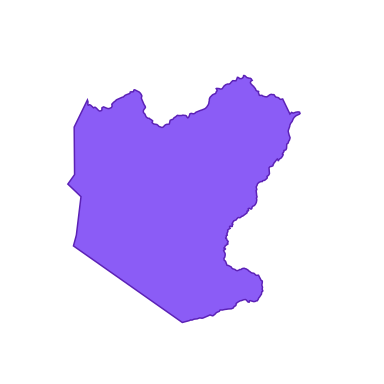 outline of Los Chiles, Alajuela, Costa Rica, rotated 247°
{"feature_id": "36466004B82753262426654", "entity_name": "Los Chiles", "entity_type": "district", "adm_level": 2, "iso_a3": "CRI", "parent_name": "Costa Rica", "parent_adm1": "Alajuela", "projection": "albers", "projection_center": [-84.675, 10.857], "detail": "fine", "context": "isolated", "style": "filled", "palette": "violet", "viewbox_px": 384, "rotation_deg": 247, "n_neighbors": 0, "source": "geoboundaries", "source_scale": "gbopen_adm2", "svg_char_len": 6037}
<svg xmlns="http://www.w3.org/2000/svg" viewBox="0 0 384 384"><g transform="rotate(247 192 192)"><path d="M317.6,131.7L297.8,108.9L253.9,90.7L247.8,80.8L231.1,88.0L197.5,68.7L188.7,61.8L75.7,132.1L74.7,138.9L74.7,141.0L74.4,141.3L74.1,142.0L74.1,144.3L73.2,147.3L73.1,149.9L72.0,151.7L71.7,152.7L71.7,159.3L71.8,159.5L71.8,160.4L71.5,161.0L71.2,161.1L70.2,162.3L69.9,162.8L70.0,163.7L70.3,164.3L70.4,165.1L71.4,167.3L71.5,168.2L71.5,170.5L72.4,171.8L71.5,173.8L71.0,176.6L70.7,177.4L70.2,179.5L69.1,182.6L69.1,184.6L70.2,186.2L70.2,187.5L70.4,188.0L71.0,188.5L72.2,189.2L72.8,191.8L73.0,193.9L72.7,195.1L72.6,197.7L72.1,199.2L71.3,199.8L69.0,200.5L68.6,200.9L68.3,201.7L69.3,202.3L69.3,203.1L67.3,205.5L66.9,206.1L66.6,207.2L66.6,209.3L66.4,209.7L67.6,211.3L68.4,212.0L68.9,213.1L70.4,215.3L70.7,215.9L72.8,217.2L73.0,218.2L73.5,218.6L75.1,218.6L76.8,219.7L79.0,219.9L81.7,221.6L82.6,221.9L83.7,221.1L84.1,221.1L89.4,220.7L89.6,220.5L89.6,220.2L90.1,218.8L90.5,218.3L91.3,217.9L91.8,217.8L93.0,217.2L93.8,215.9L94.7,214.9L96.3,214.1L96.9,213.6L98.6,212.9L99.0,212.6L99.5,212.1L100.1,211.8L100.3,211.4L101.4,210.3L101.8,209.0L101.8,207.7L101.6,207.3L101.5,206.8L102.0,205.6L101.8,204.7L101.8,203.3L102.2,202.5L102.8,201.8L103.9,201.3L105.5,199.4L106.7,198.9L107.9,198.7L108.6,198.1L108.9,197.7L110.0,197.0L110.4,196.3L110.9,195.6L115.2,195.8L116.7,195.0L118.5,195.5L119.1,196.6L119.6,197.0L121.0,197.9L122.3,198.4L123.9,198.4L124.5,198.2L126.0,198.3L126.1,199.7L126.5,200.5L127.1,200.3L127.6,199.6L127.9,199.6L128.2,199.8L128.5,200.7L129.4,201.5L129.9,203.6L130.0,204.6L130.2,204.8L130.5,204.8L131.1,204.5L131.5,205.2L132.2,205.9L132.8,205.9L133.8,205.4L135.3,205.6L136.0,204.9L136.7,205.1L137.1,206.0L138.3,206.4L138.5,206.6L138.5,207.6L140.1,207.9L140.5,208.5L141.1,208.8L141.4,209.5L143.0,209.9L143.2,211.2L143.7,212.0L143.6,212.9L145.2,212.9L145.6,213.2L145.5,214.1L144.6,215.2L144.7,215.7L145.2,216.0L146.3,216.5L146.4,217.6L146.6,216.7L146.8,216.4L147.1,216.5L148.1,217.6L148.7,218.7L149.1,219.1L149.1,221.9L149.9,223.0L150.4,224.3L150.4,224.6L149.7,225.8L149.6,226.8L150.2,228.1L150.0,229.3L151.2,234.1L151.4,234.6L152.8,235.2L152.8,235.9L152.6,236.3L152.8,236.8L154.4,237.1L154.7,237.3L154.7,238.3L153.8,239.0L153.2,239.7L153.2,240.2L153.4,240.6L154.4,241.2L154.8,241.7L155.1,242.3L155.2,244.2L155.9,245.5L157.1,247.0L159.0,248.3L159.9,248.7L161.2,248.9L162.0,249.9L162.6,250.1L164.0,250.2L164.5,250.5L168.3,251.6L168.7,252.1L168.7,252.4L169.1,252.7L170.9,252.9L171.8,253.3L172.6,254.4L173.8,255.4L174.4,256.6L174.4,257.0L174.7,257.4L174.7,257.9L174.6,259.8L174.2,260.5L174.2,260.9L174.7,261.5L174.7,262.2L174.4,263.1L174.4,263.6L175.2,266.2L175.6,266.8L177.0,267.1L177.2,267.4L177.3,268.5L177.6,269.2L178.2,270.0L178.7,270.5L184.1,272.3L184.4,272.8L184.8,273.6L184.8,274.1L184.5,275.1L184.5,276.6L184.8,277.0L185.5,277.3L186.1,278.3L186.7,278.8L186.9,279.4L188.9,282.9L189.0,283.4L187.2,283.6L187.1,283.9L187.8,284.6L188.2,285.4L188.3,286.5L188.6,287.7L189.8,289.5L190.7,290.5L190.9,290.5L191.1,290.1L191.4,290.0L192.2,290.5L192.6,291.6L193.4,292.3L193.4,292.5L194.3,292.9L194.1,294.7L194.7,295.6L195.4,296.2L198.8,297.8L199.2,298.3L199.3,299.2L199.7,299.9L200.7,300.5L201.6,301.9L203.2,303.2L203.7,303.5L206.9,303.7L210.4,304.3L211.5,305.1L214.0,307.4L215.4,308.3L216.6,309.6L217.8,311.7L219.9,313.9L220.8,315.3L221.6,317.8L221.7,321.2L222.0,322.1L223.5,322.2L224.3,321.0L224.9,318.7L225.1,315.9L226.4,314.8L225.5,312.6L242.2,311.8L242.6,309.8L242.9,309.4L244.5,308.7L245.1,308.4L246.7,306.2L247.6,305.9L249.3,305.6L249.7,305.3L250.1,304.3L250.9,303.2L251.1,302.2L251.1,301.7L250.3,298.1L251.3,296.3L252.9,294.5L253.6,294.2L254.0,293.4L254.3,292.3L254.7,291.8L257.6,291.9L258.5,292.6L259.0,292.1L259.3,291.5L260.1,290.9L260.5,290.7L262.3,290.7L263.9,290.3L264.7,290.0L265.2,290.0L266.5,289.2L267.5,289.0L268.8,288.4L269.8,288.4L270.6,289.2L270.8,289.2L271.2,290.0L271.2,291.0L273.0,290.7L273.7,290.3L274.1,289.8L274.6,288.7L275.2,288.2L275.8,287.3L277.0,286.7L277.9,286.4L278.8,285.6L279.0,285.3L279.0,285.0L277.8,284.2L277.6,283.6L277.3,283.5L277.1,282.8L277.1,281.8L277.7,280.3L278.0,280.0L278.7,279.8L279.3,279.4L279.8,278.6L278.8,277.7L278.2,277.0L277.8,276.7L277.5,276.1L277.3,276.0L277.5,275.1L278.0,274.2L278.5,273.2L278.5,272.7L278.1,271.9L277.9,271.2L276.9,269.4L276.9,268.1L277.5,267.0L277.6,264.9L277.0,262.8L275.3,260.2L275.4,259.0L275.7,258.3L276.6,257.4L277.7,255.3L277.8,254.8L277.7,254.6L276.8,254.9L275.8,254.8L275.1,254.2L274.7,253.4L273.8,252.6L273.5,252.2L273.5,249.4L273.3,248.5L272.1,245.6L270.8,244.3L269.1,243.5L268.4,242.9L267.0,242.1L266.0,241.1L264.4,238.7L264.2,238.0L263.9,237.6L263.6,236.1L263.7,232.1L263.8,231.9L263.9,226.8L263.3,225.2L263.3,224.5L263.5,223.7L264.7,222.0L264.8,220.7L262.6,218.7L262.0,217.8L261.9,217.1L262.5,216.8L264.3,216.5L265.1,215.8L265.4,215.1L266.3,213.7L266.5,212.2L267.6,209.5L268.2,208.8L268.2,208.1L267.6,206.4L267.4,204.6L266.5,203.1L266.4,202.0L266.6,201.6L266.5,199.9L263.5,197.7L263.6,196.7L264.2,195.1L264.2,193.8L263.9,192.7L263.1,191.1L263.1,189.7L263.4,189.2L265.3,187.2L266.7,186.7L267.9,186.0L269.4,183.6L270.3,182.9L270.9,182.7L271.3,182.4L271.6,182.4L272.7,183.5L273.0,183.6L275.1,182.3L275.3,182.0L276.6,181.4L277.0,180.4L277.6,179.9L279.2,179.1L282.2,179.1L283.7,178.5L284.5,178.4L286.0,179.1L286.6,179.8L287.6,181.6L288.3,182.3L289.8,182.3L291.3,182.0L297.6,182.0L298.3,182.1L300.0,183.4L301.3,183.4L303.0,183.1L304.6,182.5L308.5,179.2L308.5,178.2L307.3,177.4L307.5,176.2L307.7,175.5L308.1,175.1L308.1,174.1L307.3,173.6L307.0,173.2L307.2,169.5L307.1,168.0L306.3,166.0L306.5,164.8L306.4,159.0L306.3,158.3L306.2,157.9L305.9,157.6L305.2,154.8L304.2,152.6L304.0,152.4L303.5,152.4L301.9,151.8L301.2,150.7L301.2,148.4L301.4,147.7L302.1,146.6L304.9,143.9L304.8,142.2L304.5,141.9L302.9,141.2L302.4,140.6L302.4,139.6L302.6,138.6L302.9,138.3L303.7,137.8L306.6,136.7L307.7,136.1L308.0,135.7L308.0,134.2L311.4,132.7L312.1,132.1L312.4,131.7L312.4,130.4L312.5,130.3L313.5,130.4L315.6,131.5L317.6,131.7Z" fill="#8b5cf6" stroke="#5b21b6" stroke-width="1.5"/></g></svg>